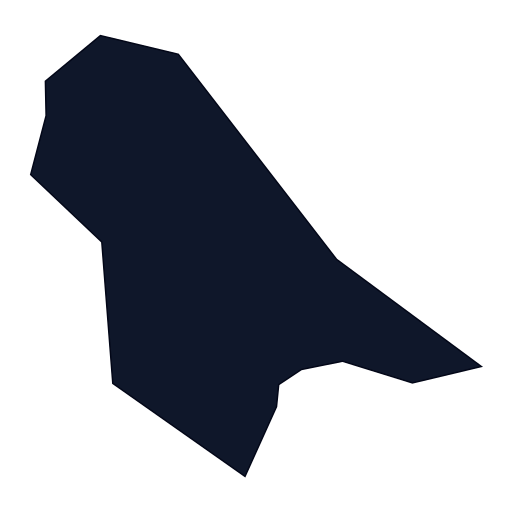 the border of Turnišče
{"feature_id": "SVN-1049", "entity_name": "Turnišče", "entity_type": "Municipality", "adm_level": 1, "iso_a3": "SVN", "parent_name": "Slovenia", "parent_adm1": "", "projection": "mercator", "projection_center": [16.325, 46.616], "detail": "fine", "context": "isolated", "style": "filled", "palette": "ink", "viewbox_px": 512, "rotation_deg": 0, "n_neighbors": 0, "source": "natural_earth", "source_scale": "10m", "svg_char_len": 318}
<svg xmlns="http://www.w3.org/2000/svg" viewBox="0 0 512 512"><path d="M336.6,259.4L481.3,366.5L412.4,382.9L342.5,361.2L301.4,369.5L278.7,384.6L276.5,406.7L245.0,476.4L112.8,383.4L101.8,242.0L30.7,174.6L46.1,115.7L45.4,81.2L100.4,35.6L178.3,54.3L336.6,259.4Z" fill="#0f172a" stroke="#020617" stroke-width="1.5"/></svg>